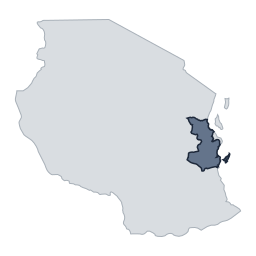 Pwani on a map of United Republic of Tanzania (Albers equal-area conic projection)
{"feature_id": "TZA-3382", "entity_name": "Pwani", "entity_type": "Region", "adm_level": 1, "iso_a3": "TZA", "parent_name": "United Republic of Tanzania", "parent_adm1": "", "projection": "albers", "projection_center": [38.969, -7.175], "detail": "fine", "context": "in_parent", "style": "filled", "palette": "slate", "viewbox_px": 256, "rotation_deg": 0, "n_neighbors": 0, "source": "natural_earth", "source_scale": "10m", "svg_char_len": 7917}
<svg xmlns="http://www.w3.org/2000/svg" viewBox="0 0 256 256"><path d="M89.4,190.3L86.1,188.6L83.1,187.6L80.7,186.5L79.6,185.4L77.3,184.9L75.3,184.8L73.5,183.8L69.7,183.4L69.3,182.7L69.2,181.2L68.5,180.8L67.2,180.4L65.7,180.4L64.8,180.7L64.3,180.6L63.0,179.6L61.9,178.5L61.4,176.6L59.7,175.5L57.7,174.5L52.2,174.7L51.3,174.4L50.0,173.5L48.4,172.0L47.1,170.2L46.0,167.8L44.8,164.5L38.3,151.6L37.6,149.1L36.3,146.4L34.2,143.1L32.0,140.6L29.0,138.4L25.7,136.2L23.9,134.7L20.4,128.6L19.6,125.8L19.0,122.8L19.2,121.6L21.3,117.7L21.4,116.6L21.2,115.1L20.0,112.1L18.6,108.4L15.8,101.7L15.4,100.0L15.4,98.7L16.8,91.8L16.8,90.8L23.2,90.8L27.8,87.7L31.7,83.1L32.5,81.2L34.1,78.3L35.7,76.9L36.3,75.9L37.2,73.0L39.3,71.0L41.3,69.4L40.9,68.4L41.2,68.0L42.3,67.2L44.5,66.5L44.9,64.9L44.8,63.2L44.5,62.3L44.5,61.2L44.2,60.6L42.7,60.5L40.6,59.6L38.8,59.3L37.5,58.8L37.1,58.5L36.9,57.5L37.8,54.8L36.8,53.8L38.9,49.4L39.3,48.8L40.2,48.7L41.4,48.3L42.6,48.0L43.6,48.2L44.3,48.0L44.9,47.5L45.4,46.0L45.8,43.5L45.6,41.5L44.6,40.0L44.3,37.6L44.7,34.4L44.3,31.8L43.3,29.7L42.2,28.5L40.6,27.9L38.0,24.7L37.2,23.2L37.3,22.2L38.2,21.8L39.8,21.9L41.3,21.5L42.7,20.6L44.0,20.3L44.8,20.4L108.8,19.5L183.8,60.4L184.1,60.9L184.7,64.4L184.6,65.6L183.4,67.7L183.1,68.8L183.1,69.5L183.4,69.8L184.3,69.9L185.2,70.4L185.5,70.8L186.1,72.3L186.9,73.1L215.2,93.4L215.9,93.7L215.5,95.4L213.9,99.6L213.8,101.3L213.1,103.3L212.5,104.7L210.9,110.5L209.6,112.7L207.7,117.8L207.4,121.7L208.4,124.5L208.8,127.0L211.0,129.5L212.7,130.4L213.9,131.6L216.0,134.2L217.2,136.9L220.9,138.1L222.4,141.1L221.8,143.1L220.1,144.8L218.5,147.5L217.2,151.1L217.1,156.6L218.0,155.8L220.0,157.1L220.2,161.2L218.2,165.9L217.6,168.1L217.5,169.9L218.9,175.6L221.2,178.4L221.0,179.3L220.4,180.1L224.2,185.2L223.9,189.6L225.3,193.0L225.9,196.0L226.9,198.3L227.1,199.8L225.9,201.6L228.7,202.0L230.3,203.4L231.0,204.8L233.1,204.8L234.1,205.7L235.7,206.5L239.2,208.8L240.1,209.9L240.6,211.0L231.1,218.2L227.7,220.1L225.2,220.9L222.6,221.4L220.1,222.5L217.8,224.3L214.8,225.2L211.1,225.2L207.3,226.5L201.2,230.2L197.7,228.1L194.9,227.5L191.7,227.6L189.8,227.8L189.1,228.3L188.5,229.5L188.0,231.6L185.9,233.6L182.2,235.6L178.9,236.3L175.8,235.8L173.7,235.0L172.6,233.9L171.0,233.4L168.9,233.5L166.9,234.3L164.9,235.8L161.8,236.5L157.6,236.3L155.3,235.6L155.0,234.3L153.1,232.9L149.7,231.2L147.2,231.2L145.6,232.8L144.1,233.9L142.8,234.3L141.6,234.3L139.9,233.9L135.2,233.8L130.7,233.9L130.2,231.6L129.3,230.2L128.5,229.3L127.0,229.1L126.5,228.5L126.0,227.0L125.2,225.8L124.2,224.8L123.6,223.9L123.4,223.0L123.5,222.0L124.4,219.7L124.7,218.0L124.6,216.4L124.1,214.6L123.0,212.6L123.1,212.0L122.7,210.6L122.7,209.7L122.9,208.5L122.7,206.9L121.7,203.5L121.7,202.6L120.7,200.9L117.7,197.1L117.6,196.6L112.9,192.7L111.0,191.8L110.3,192.6L110.1,193.3L110.3,194.5L110.2,195.2L110.0,195.4L108.9,195.4L108.2,195.3L106.4,194.2L105.1,194.0L101.6,194.2L100.4,194.5L99.5,194.3L97.7,192.5L95.6,192.1L93.7,192.1L90.5,190.0L89.4,190.3ZM221.4,123.8L222.9,128.2L222.7,129.0L221.6,129.5L221.1,129.5L220.4,128.8L219.9,127.4L219.1,127.7L217.7,126.0L216.3,125.9L215.0,123.8L215.5,122.0L215.2,118.9L216.8,117.3L217.6,114.6L218.6,116.5L218.8,119.3L220.1,122.6L221.4,123.8ZM228.9,98.1L229.0,99.1L228.7,100.1L228.8,103.1L228.6,105.2L227.5,108.0L226.5,109.0L225.7,108.7L225.0,108.2L224.4,107.5L225.6,102.3L225.0,98.5L227.2,98.9L228.9,98.1ZM225.7,160.5L224.6,160.7L224.2,160.5L223.5,159.6L224.7,158.9L225.8,157.5L228.4,155.5L229.6,153.8L229.4,155.4L227.9,158.9L226.7,159.2L225.7,160.5Z" fill="#d9dde1" stroke="#a8b0b8" stroke-width="1"/><path d="M220.1,144.3L220.0,144.5L219.8,144.9L219.8,145.2L219.7,145.5L219.5,145.8L219.2,146.0L218.9,146.1L218.8,146.3L218.9,146.5L218.8,146.8L218.5,146.9L218.2,146.9L218.2,147.2L218.4,147.4L218.5,147.7L218.5,148.1L218.4,148.4L218.2,148.9L218.0,149.2L217.5,149.7L217.2,150.5L216.9,152.7L216.9,153.1L217.0,153.6L217.3,154.2L217.3,154.6L217.2,154.9L217.1,155.2L217.4,155.9L217.3,156.3L216.4,157.3L217.1,157.2L217.5,156.7L217.8,156.0L218.0,155.4L218.3,155.6L218.5,155.9L218.5,156.2L218.2,156.5L219.0,156.4L219.3,156.5L219.7,156.7L220.2,157.2L220.3,157.5L220.2,158.0L219.9,158.7L219.8,158.9L220.0,159.7L220.1,160.4L220.1,160.8L220.5,160.6L220.5,161.1L220.2,161.7L219.6,162.8L218.9,164.6L218.6,165.1L218.4,165.1L218.2,165.1L218.4,165.4L218.3,166.2L218.4,166.5L218.1,166.4L218.1,166.6L217.9,166.9L217.6,166.6L217.5,166.4L217.3,166.4L217.4,166.7L217.4,166.9L217.3,167.1L217.0,167.2L217.1,167.4L216.8,167.3L216.0,166.7L215.0,166.7L211.1,167.6L208.6,168.4L207.4,168.7L207.0,168.6L206.9,168.3L206.5,168.2L205.1,168.5L204.5,169.3L204.1,170.5L203.2,171.0L202.0,171.0L201.7,170.2L201.4,168.2L199.9,166.8L198.9,166.1L197.1,164.5L195.9,163.9L193.5,163.4L191.1,162.6L190.1,162.0L187.2,159.8L187.4,159.6L187.5,159.4L187.5,158.9L187.7,158.1L187.8,157.9L188.0,157.7L188.2,157.3L188.3,157.3L188.3,156.3L188.5,155.3L188.5,154.2L188.6,153.2L189.2,152.7L190.0,152.4L191.8,152.1L192.5,152.1L193.2,152.3L194.3,152.1L195.2,151.8L198.5,151.2L198.6,150.5L198.2,149.6L197.3,147.1L197.8,145.6L198.4,144.8L199.1,144.4L199.9,144.3L200.4,143.4L201.1,142.5L201.6,141.5L201.5,141.2L201.3,141.0L201.2,140.3L200.8,140.0L200.3,140.0L200.0,139.8L199.6,139.7L199.3,139.8L199.0,139.9L198.7,139.8L198.5,139.6L198.2,139.4L197.7,139.4L197.0,138.3L197.1,137.1L197.7,135.9L197.3,134.4L197.0,134.3L196.6,134.3L196.4,134.4L196.2,134.6L195.7,134.7L195.2,134.6L193.2,133.9L192.6,133.6L192.0,133.5L191.6,133.3L191.5,132.9L191.2,132.5L191.0,132.2L191.1,131.8L191.5,131.4L192.0,130.2L192.4,127.1L192.3,125.4L191.9,125.0L191.4,124.7L191.6,124.6L191.8,124.5L191.4,124.4L190.8,124.3L190.5,123.8L190.3,123.3L189.8,122.7L189.2,121.5L188.9,121.1L188.7,120.5L188.7,119.9L188.1,118.9L187.1,118.2L190.2,117.3L191.6,117.7L192.2,117.6L192.7,117.3L194.1,117.4L195.4,118.1L196.0,118.7L196.7,119.0L197.6,119.2L198.1,119.9L198.7,120.2L199.3,120.1L199.6,120.4L200.0,120.6L200.6,120.8L200.8,120.6L201.1,120.5L201.4,120.6L201.8,120.6L202.1,120.5L202.4,120.7L203.5,120.2L204.0,120.0L204.3,119.6L204.6,119.6L204.9,119.7L205.3,119.5L205.6,119.3L207.3,119.5L207.2,120.1L207.0,120.5L206.9,120.9L206.9,121.4L207.0,121.5L207.2,121.8L207.3,122.0L207.5,122.7L207.6,122.9L207.7,123.1L208.2,123.3L208.5,123.6L208.6,124.5L208.5,125.0L208.4,125.4L208.2,125.7L208.3,126.2L208.4,127.4L208.6,127.9L208.8,128.0L209.1,128.2L209.3,128.3L209.4,128.5L209.5,129.0L209.8,129.3L210.0,129.5L210.3,129.5L210.5,129.7L210.6,129.8L210.9,130.0L211.5,130.0L211.9,130.2L212.1,130.1L212.1,129.9L211.9,129.9L211.6,129.7L211.2,129.5L211.8,129.7L212.2,129.8L213.3,130.9L214.0,131.7L213.8,131.8L213.4,132.2L213.1,132.5L212.7,133.4L212.6,134.4L212.3,135.3L211.8,136.0L211.7,136.3L212.2,136.3L212.5,136.5L212.5,136.9L212.6,137.6L213.2,138.0L213.3,138.4L213.5,138.8L213.3,139.2L212.9,139.5L212.6,139.9L212.5,140.4L212.2,140.8L211.9,141.3L212.1,141.5L212.5,141.4L212.9,141.7L213.4,141.4L213.7,141.0L214.1,140.7L214.4,140.8L214.8,140.9L215.1,140.7L215.3,140.3L215.5,140.4L215.9,140.3L216.3,139.7L217.0,139.6L217.3,139.6L217.6,139.6L218.1,139.7L218.6,139.8L219.1,140.5L219.6,141.2L219.6,144.1L219.9,144.0L220.1,144.3L220.1,144.3ZM229.4,153.6L229.7,153.9L229.7,154.6L229.3,155.9L228.8,157.3L228.5,157.6L228.5,157.8L228.4,158.0L228.3,158.5L228.2,158.6L228.1,158.8L228.0,159.0L227.9,159.2L227.7,159.2L227.1,159.0L226.5,159.2L226.3,159.7L226.2,160.1L226.0,160.4L225.2,160.7L224.8,160.8L224.4,160.8L224.0,160.6L223.5,160.1L223.2,159.8L223.4,159.8L223.7,159.8L223.9,159.7L224.0,159.4L224.1,159.2L224.3,159.2L225.3,158.3L225.6,157.8L225.4,157.6L225.5,157.3L225.8,157.1L226.1,157.1L226.4,157.1L226.8,157.0L227.4,156.7L227.7,156.6L227.4,156.5L226.9,156.5L226.9,156.4L227.2,156.3L227.4,156.2L227.7,156.0L228.2,155.8L228.4,155.6L228.5,155.1L228.7,154.8L228.9,154.5L229.0,154.4L229.4,153.8L229.4,153.6ZM226.3,160.8L226.9,160.8L227.4,160.8L227.5,161.1L227.3,161.3L226.4,162.3L225.8,162.8L225.5,162.8L225.4,162.5L225.5,161.9L225.7,161.5L226.3,160.8Z" fill="#64748b" stroke="#1e293b" stroke-width="1.5"/></svg>